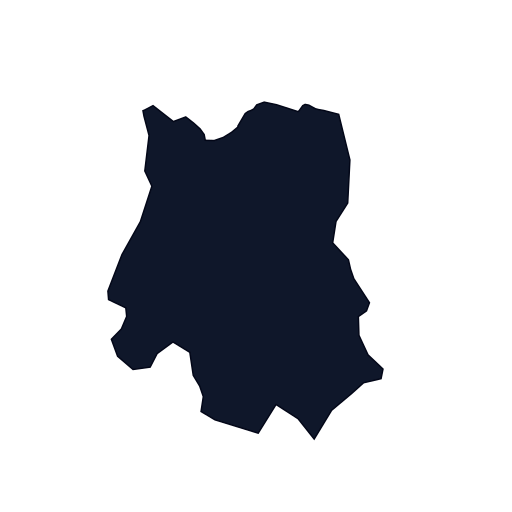 map outline of Făleşti (Albers equal-area conic projection), rotated 118°
{"feature_id": "MDA-1620", "entity_name": "Făleşti", "entity_type": "District", "adm_level": 1, "iso_a3": "MDA", "parent_name": "Moldova", "parent_adm1": "", "projection": "albers", "projection_center": [27.695, 47.571], "detail": "fine", "context": "isolated", "style": "filled", "palette": "ink", "viewbox_px": 512, "rotation_deg": 118, "n_neighbors": 0, "source": "natural_earth", "source_scale": "10m", "svg_char_len": 1073}
<svg xmlns="http://www.w3.org/2000/svg" viewBox="0 0 512 512"><g transform="rotate(118 256 256)"><path d="M93.2,254.0L92.1,249.5L127.1,218.2L166.2,199.9L187.9,201.6L208.4,194.5L216.0,172.6L223.3,166.3L230.1,159.0L244.0,133.9L252.6,132.7L261.4,137.2L277.7,127.9L290.7,110.7L296.2,90.8L305.6,88.0L317.4,101.5L332.2,106.9L356.7,116.8L390.3,118.7L379.9,142.5L377.7,168.6L411.4,170.9L419.9,215.3L419.1,231.5L404.9,236.5L397.3,244.6L390.8,255.4L372.1,269.2L370.9,289.0L388.6,297.5L403.8,297.3L413.9,311.3L409.5,331.1L397.4,344.6L383.7,340.6L370.1,341.8L362.9,346.6L363.7,365.7L356.5,370.3L317.7,375.0L280.0,374.2L243.2,380.7L233.1,394.1L199.8,407.0L185.2,420.5L180.8,424.0L179.5,422.9L171.6,417.5L176.1,392.1L166.2,383.3L167.9,373.6L170.0,365.1L173.1,358.8L177.7,355.1L173.7,347.1L166.6,340.5L158.2,335.6L150.6,332.5L149.7,333.0L135.3,332.4L132.1,330.8L129.9,328.8L127.2,327.0L122.2,326.3L116.3,321.0L112.8,308.9L108.8,286.7L107.4,286.1L101.3,285.3L99.1,283.8L98.0,280.2L98.1,272.7L97.4,269.7L95.7,264.5L93.2,254.0Z" fill="#0f172a" stroke="#020617" stroke-width="1.5"/></g></svg>